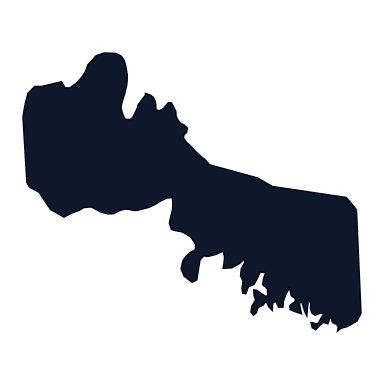 the district of Bagan Datuk, Perak, Malaysia
{"feature_id": "92858781B98858814885559", "entity_name": "Bagan Datuk", "entity_type": "district", "adm_level": 2, "iso_a3": "MYS", "parent_name": "Malaysia", "parent_adm1": "Perak", "projection": "equal_earth", "projection_center": [100.991, 3.877], "detail": "fine", "context": "isolated", "style": "filled", "palette": "ink", "viewbox_px": 384, "rotation_deg": 0, "n_neighbors": 0, "source": "geoboundaries", "source_scale": "gbopen_adm2", "svg_char_len": 2545}
<svg xmlns="http://www.w3.org/2000/svg" viewBox="0 0 384 384"><path d="M104.2,53.0L96.0,55.8L92.8,59.7L87.8,64.9L85.7,71.2L82.1,76.9L77.5,82.2L73.2,85.5L70.0,87.9L67.9,87.9L65.1,87.9L61.5,81.7L41.6,86.5L34.8,86.5L28.0,93.2L25.5,102.7L24.1,109.9L23.0,117.6L26.9,182.6L29.8,187.4L39.1,192.2L50.4,209.4L64.0,217.1L71.1,213.3L78.9,210.4L83.9,207.5L88.9,207.1L91.8,207.1L100.3,211.8L107.8,213.8L113.1,213.8L118.8,210.9L124.9,209.0L129.5,209.4L133.1,210.4L137.0,210.4L148.4,207.5L155.5,204.2L160.8,200.8L166.9,198.0L172.2,197.5L172.9,202.7L172.6,209.4L170.8,216.6L169.4,223.3L171.5,229.5L175.1,230.5L182.2,231.9L189.0,235.8L191.5,237.7L195.7,244.9L195.4,249.7L191.1,252.0L186.5,255.9L182.9,260.7L181.1,268.8L184.3,276.5L192.2,282.2L196.8,279.8L198.2,270.7L200.0,259.7L203.9,255.9L208.2,256.4L216.0,254.4L223.1,251.1L224.6,257.3L223.9,264.0L223.1,268.3L231.7,267.8L239.5,263.5L244.5,258.7L244.5,263.1L241.3,268.8L240.6,276.0L243.1,281.2L242.0,288.4L242.7,293.2L245.9,293.7L248.4,286.5L253.8,284.6L256.3,280.3L260.2,272.1L265.5,272.6L263.4,279.3L262.7,284.6L267.3,288.9L268.0,296.1L265.2,296.1L256.6,290.3L253.8,289.9L254.1,295.6L255.6,299.9L252.0,306.1L250.9,311.9L253.4,315.2L256.3,312.8L258.0,307.6L263.0,305.2L266.2,301.3L268.7,306.6L272.3,310.4L272.6,303.3L275.5,300.9L278.7,307.1L283.0,307.1L283.3,301.3L285.8,294.6L289.4,287.9L290.1,289.9L291.2,295.6L295.1,298.5L295.4,301.3L289.7,305.7L290.1,309.5L294.4,311.4L301.5,313.8L299.4,304.2L301.1,300.9L302.9,305.2L304.7,311.4L306.8,315.7L307.9,303.7L308.3,297.5L310.7,303.7L310.4,309.0L312.2,313.3L315.0,315.2L320.0,313.3L324.3,313.3L321.4,317.6L318.6,322.9L316.1,323.8L311.1,322.4L312.2,327.7L315.7,329.6L320.4,324.8L323.6,322.4L327.8,323.8L328.9,321.0L330.0,315.2L332.5,322.4L335.0,323.8L336.4,323.8L338.2,327.2L337.5,331.0L341.0,328.2L347.1,326.7L357.0,321.0L361.0,313.3L357.0,222.4L356.4,209.7L346.3,197.5L272.3,186.5L257.3,177.9L209.6,164.9L205.0,159.7L198.6,154.4L194.3,150.1L190.4,145.8L186.5,142.4L183.3,137.7L184.0,134.8L186.5,132.4L187.5,128.1L184.3,125.2L180.8,123.3L177.9,120.0L176.1,116.1L175.8,111.3L173.7,107.0L171.2,102.7L168.3,102.7L164.0,108.0L161.9,109.4L159.8,110.9L155.8,109.9L155.8,104.2L154.8,100.3L153.4,97.5L150.5,95.1L145.5,93.4L145.2,95.7L143.1,98.1L138.1,104.9L137.0,108.9L134.9,113.1L132.7,117.4L130.4,119.6L125.8,119.3L124.2,117.7L122.9,114.7L121.7,111.0L121.0,106.7L122.4,100.9L124.9,92.9L125.6,89.3L126.7,85.0L127.2,80.1L127.2,74.6L126.5,70.3L125.6,65.7L124.9,62.9L123.6,59.6L121.3,56.2L115.6,53.4L104.2,53.0Z" fill="#0f172a" stroke="#020617" stroke-width="1.5"/></svg>